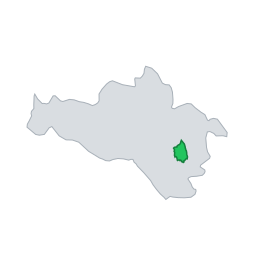 location of Idrija within Slovenia, rotated 219°
{"feature_id": "SVN-1012", "entity_name": "Idrija", "entity_type": "Municipality", "adm_level": 1, "iso_a3": "SVN", "parent_name": "Slovenia", "parent_adm1": "", "projection": "albers", "projection_center": [13.983, 45.983], "detail": "fine", "context": "in_parent", "style": "filled", "palette": "green", "viewbox_px": 256, "rotation_deg": 219, "n_neighbors": 0, "source": "natural_earth", "source_scale": "10m", "svg_char_len": 2595}
<svg xmlns="http://www.w3.org/2000/svg" viewBox="0 0 256 256"><g transform="rotate(219 128 128)"><path d="M221.8,95.7L216.5,93.7L210.1,93.0L208.9,94.2L206.4,95.5L205.2,97.6L206.4,105.8L204.9,107.2L197.6,106.6L195.3,107.6L191.5,113.4L187.5,116.0L182.4,117.8L178.6,120.0L173.9,121.9L169.8,123.0L168.2,125.6L167.3,128.4L167.6,131.0L171.9,136.2L172.6,141.8L172.3,148.7L171.4,152.4L169.8,154.9L159.5,158.2L148.9,164.1L148.7,165.4L153.6,170.3L153.9,171.5L149.8,174.5L149.5,177.3L150.0,180.6L152.2,184.0L153.1,187.1L147.2,189.4L139.1,188.7L129.6,184.5L126.3,185.2L123.1,187.4L119.8,186.5L116.1,183.9L111.0,178.5L108.5,175.2L107.4,171.6L106.0,171.1L103.9,172.2L102.2,176.5L97.5,184.3L94.0,186.5L88.7,186.0L81.3,186.2L76.7,186.8L71.1,184.1L69.7,184.6L69.7,186.4L67.6,189.3L64.1,191.1L48.1,186.9L45.8,183.4L49.4,181.7L54.5,177.3L57.9,177.8L62.1,176.8L63.9,174.9L61.3,169.2L54.6,162.2L51.1,159.5L46.3,157.7L45.5,155.8L48.2,144.8L47.4,143.2L41.9,143.7L40.6,142.5L40.2,140.6L40.5,138.0L44.3,133.7L48.4,129.9L49.5,127.7L49.4,126.1L44.1,124.4L41.0,122.6L38.4,122.0L36.7,122.9L35.4,121.8L34.2,118.6L35.5,113.8L40.2,109.3L45.3,105.4L49.8,102.5L52.3,101.3L53.6,96.3L56.2,96.8L61.4,97.1L67.2,98.2L72.7,99.6L77.4,101.4L87.5,103.2L96.6,104.3L99.4,105.3L101.6,105.2L104.4,106.7L106.0,105.5L107.2,103.5L112.2,101.1L116.7,97.9L119.9,94.0L121.6,90.8L124.8,88.6L128.1,87.9L131.1,86.8L144.0,85.1L157.3,86.0L163.6,83.7L168.7,79.8L176.3,78.6L176.7,78.6L188.1,81.2L188.9,79.5L189.4,78.7L189.0,70.4L192.4,66.6L195.7,64.9L207.0,65.1L208.6,67.6L209.3,71.5L210.5,76.8L212.4,78.2L213.5,80.2L213.4,83.9L215.7,86.6L221.1,93.8L221.8,95.7Z" fill="#d9dde1" stroke="#a8b0b8" stroke-width="1"/><path d="M79.9,141.0L79.8,142.1L79.3,142.8L78.8,143.3L78.2,143.8L78.0,144.2L78.1,144.3L78.4,144.4L78.5,144.8L78.4,145.7L78.1,146.7L77.6,147.5L77.6,148.3L77.6,149.0L77.8,149.6L78.1,150.0L78.8,152.0L74.1,151.0L71.7,149.3L70.9,148.5L69.7,147.8L69.2,147.2L68.3,147.0L66.9,145.8L65.5,144.2L64.4,143.6L63.8,143.2L63.4,142.8L63.4,142.5L62.6,141.3L63.4,140.9L63.5,139.2L63.5,138.7L63.5,138.3L63.6,137.9L63.8,137.9L63.9,137.4L63.7,137.2L63.3,136.9L63.2,136.7L63.1,136.4L63.3,136.0L63.5,135.9L64.1,136.0L64.4,136.0L64.6,135.7L65.2,135.6L65.9,136.1L66.3,136.2L66.9,136.2L67.1,135.8L67.0,135.5L67.1,135.3L67.3,135.3L67.6,135.5L67.9,135.5L68.2,135.4L68.4,135.0L68.9,134.6L69.0,134.4L69.0,134.1L69.1,133.9L69.4,134.0L70.4,134.9L71.5,135.7L72.0,135.9L72.6,135.9L73.0,135.9L73.3,135.7L73.3,135.1L74.7,136.0L76.4,138.5L76.9,138.7L77.3,138.7L77.6,139.1L77.9,139.9L78.0,140.2L78.2,140.4L79.9,141.0Z" fill="#22c55e" stroke="#15803d" stroke-width="1.5"/></g></svg>